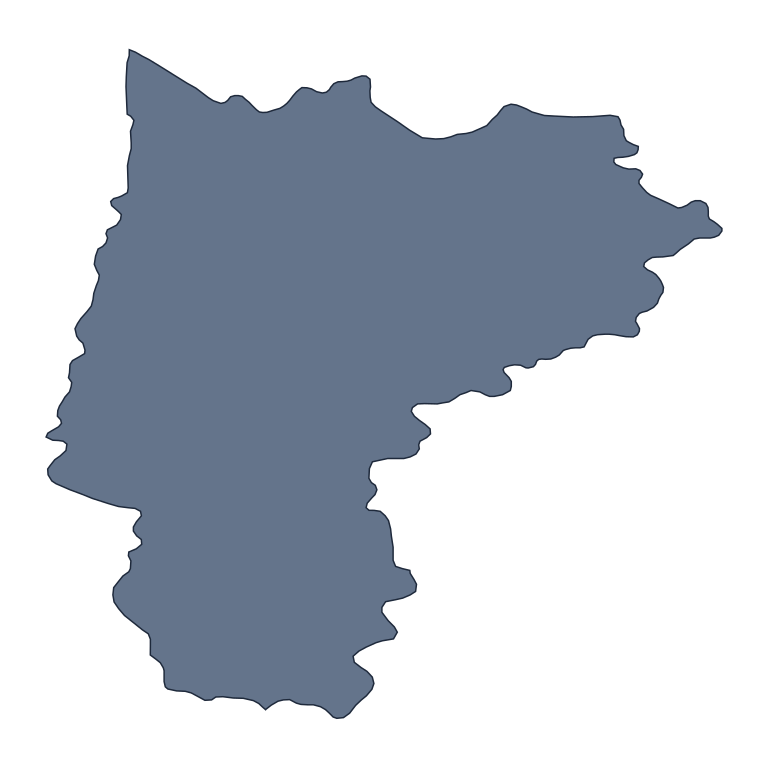 the district of Kapyl, Minsk, Belarus
{"feature_id": "67162791B49789732024983", "entity_name": "Kapyl", "entity_type": "district", "adm_level": 2, "iso_a3": "BLR", "parent_name": "Belarus", "parent_adm1": "Minsk", "projection": "robinson", "projection_center": [27.145, 53.093], "detail": "fine", "context": "isolated", "style": "filled", "palette": "slate", "viewbox_px": 768, "rotation_deg": 0, "n_neighbors": 0, "source": "geoboundaries", "source_scale": "gbopen_adm2", "svg_char_len": 5282}
<svg xmlns="http://www.w3.org/2000/svg" viewBox="0 0 768 768"><path d="M409.8,570.4L402.3,568.6L395.6,566.4L393.1,560.3L393.1,547.2L391.4,536.3L390.6,528.9L388.5,520.6L385.2,515.8L380.2,511.3L374.2,510.4L369.0,510.3L366.1,507.7L367.2,503.2L371.9,497.8L375.0,494.6L376.9,489.8L375.3,485.3L371.4,482.6L368.9,478.3L369.4,468.6L372.4,461.8L387.7,458.5L396.4,458.5L403.9,458.5L410.2,456.9L416.0,454.0L419.3,448.9L418.7,444.8L420.0,441.2L426.7,437.6L430.5,433.9L430.1,428.9L425.2,424.5L419.4,420.4L414.4,416.3L411.3,411.4L412.4,407.6L417.6,403.9L424.6,403.6L437.3,403.9L442.6,402.9L448.9,401.9L455.2,398.1L459.9,394.7L466.1,392.6L471.0,390.5L479.9,391.9L485.2,394.7L489.6,396.4L494.2,396.4L502.6,394.7L510.3,390.5L511.3,386.5L511.3,381.4L509.1,377.7L504.1,372.5L503.1,369.6L504.3,367.4L509.4,365.7L514.5,364.8L520.6,365.2L525.9,367.8L528.2,368.0L533.4,366.7L535.5,364.4L536.7,361.1L538.7,359.4L541.8,359.0L545.7,359.3L550.8,359.0L555.6,357.2L559.3,355.0L561.4,352.6L563.3,350.5L565.5,349.6L570.8,348.2L575.4,347.8L580.1,347.8L584.1,346.9L586.4,342.5L588.1,339.3L592.7,335.9L597.5,334.7L605.0,334.2L609.1,334.2L614.7,334.7L619.3,335.6L626.0,336.7L633.3,336.9L637.4,334.8L639.3,331.3L639.5,328.6L636.9,323.6L635.5,321.4L636.2,317.4L639.3,313.5L642.2,312.2L647.0,311.0L653.6,307.3L657.4,303.2L658.9,298.8L660.8,295.3L662.9,292.4L663.5,287.5L662.4,284.5L660.8,281.0L659.2,278.6L656.0,274.7L652.5,272.2L647.4,269.8L643.7,266.5L644.5,262.8L648.2,259.8L652.2,257.5L656.5,257.1L662.9,256.9L673.2,255.5L675.9,253.3L680.2,249.4L688.4,243.9L694.2,239.0L699.6,238.0L703.6,238.0L710.2,238.0L714.2,237.2L718.7,235.3L721.9,231.0L721.9,228.4L717.4,224.3L713.9,221.7L709.4,219.0L708.3,216.2L708.3,211.3L708.0,207.4L705.9,203.5L700.3,200.7L695.2,200.7L691.2,202.1L687.1,205.2L681.6,207.5L677.9,208.0L669.0,203.6L658.6,198.8L650.6,195.3L646.7,192.4L642.3,187.6L639.0,183.5L639.0,180.3L641.4,177.3L642.6,174.1L640.0,170.5L635.8,168.8L628.8,169.1L623.1,167.8L615.8,164.5L613.8,161.9L614.1,158.3L617.7,157.5L623.0,157.2L628.4,156.4L634.4,154.6L636.9,152.8L638.1,149.7L638.3,146.4L633.3,144.6L628.7,142.2L626.3,140.7L623.9,135.6L623.6,129.3L621.0,124.9L620.0,120.1L618.5,117.6L618.0,116.7L610.1,115.3L592.6,116.6L573.2,117.0L555.0,116.1L544.4,115.5L538.4,113.8L532.1,112.0L526.5,109.0L521.2,106.8L516.5,105.0L511.0,104.2L504.0,106.6L500.6,110.5L497.2,115.0L492.3,119.4L486.8,125.6L472.2,132.1L466.1,133.5L457.2,134.4L450.9,136.8L443.8,138.6L435.6,139.0L422.3,137.8L409.5,130.1L397.1,121.4L381.1,110.9L375.3,106.8L371.1,102.3L370.2,97.4L369.9,90.8L370.5,87.0L370.0,79.2L366.1,76.1L361.9,75.9L354.7,78.1L351.0,80.1L347.1,81.2L342.5,81.6L338.0,81.8L333.8,83.7L330.7,87.3L329.5,89.5L326.4,92.2L322.4,93.0L316.6,91.7L311.5,88.9L307.0,87.8L301.9,87.6L299.6,89.3L296.5,91.9L292.9,96.0L289.7,100.3L286.9,103.4L283.7,106.0L280.0,108.3L273.5,110.2L267.0,112.3L262.8,112.5L259.4,112.0L256.5,109.8L251.9,105.3L249.1,102.3L245.4,99.3L242.3,96.4L238.3,95.6L234.7,95.6L230.6,96.8L227.7,100.4L225.1,102.4L220.9,103.4L213.2,100.7L208.3,97.6L196.0,88.2L187.2,83.3L172.9,74.4L159.6,66.1L148.8,59.5L142.3,56.2L135.5,52.2L129.3,49.7L129.2,55.8L127.1,62.7L126.3,76.7L126.0,86.7L126.8,105.8L127.2,114.2L130.7,116.2L133.9,120.3L132.9,124.7L130.5,131.2L131.2,142.8L131.2,148.7L129.4,155.5L127.5,165.6L128.2,188.0L127.4,192.7L121.6,196.0L118.1,197.4L113.6,198.6L110.7,201.5L111.7,205.6L114.9,208.4L118.6,211.7L121.3,214.5L120.5,219.6L116.7,225.1L112.2,227.4L107.4,229.8L106.0,233.7L107.6,237.9L106.0,242.9L102.6,246.5L98.1,249.0L95.6,256.0L94.3,264.3L96.8,270.4L99.3,275.1L98.4,280.6L96.3,285.7L93.8,293.3L93.0,299.7L91.3,306.1L87.1,311.5L80.9,318.5L77.5,323.6L75.0,328.7L76.7,336.1L79.2,339.9L82.9,343.1L85.0,350.1L84.6,353.6L78.7,357.1L72.5,360.6L70.0,364.5L69.5,372.8L68.5,377.7L71.7,382.3L71.2,386.4L69.5,391.9L64.9,397.1L62.4,401.5L59.5,406.0L57.8,410.5L57.4,416.2L60.7,419.8L61.5,423.3L58.6,426.8L51.5,430.9L47.8,433.2L46.1,437.0L52.7,440.2L58.6,440.5L63.2,441.2L66.9,444.1L66.0,450.5L60.2,455.9L54.8,459.7L50.2,465.5L47.7,469.0L48.1,474.8L51.8,480.9L56.0,483.7L70.1,489.8L81.4,494.0L92.6,498.5L108.5,503.6L118.5,506.5L128.0,507.7L135.1,508.4L140.5,511.3L141.4,515.8L136.4,521.8L133.4,527.0L133.4,531.1L136.7,535.9L141.3,539.5L141.7,544.3L136.3,548.8L128.8,552.0L128.4,555.8L130.9,560.9L130.4,568.6L128.8,571.8L122.9,576.0L118.8,581.1L113.7,587.6L112.9,594.9L114.1,602.0L118.7,608.7L124.5,615.5L132.9,622.2L142.5,629.9L148.3,633.8L150.4,639.2L150.4,645.0L150.3,655.0L155.8,659.1L160.3,662.7L163.3,667.8L164.1,670.7L164.1,675.8L164.1,681.6L165.3,686.8L167.8,689.0L176.6,690.9L185.3,691.3L191.2,692.9L198.3,696.7L204.9,700.3L211.6,699.9L215.8,697.0L222.9,696.7L233.3,698.0L243.3,698.3L253.4,700.6L258.8,703.5L262.5,707.0L265.6,709.7L265.9,709.3L271.3,705.1L278.0,701.2L283.4,699.9L289.7,699.6L296.3,703.1L300.9,704.4L308.0,704.8L313.4,704.8L320.5,706.7L325.5,709.6L329.3,713.1L333.1,717.0L336.8,718.3L343.5,717.6L349.7,713.1L355.6,705.4L361.4,699.9L366.4,695.8L371.9,689.3L373.9,683.5L372.3,677.1L366.9,671.3L361.0,667.5L354.3,662.3L353.1,656.2L358.9,651.1L366.0,647.2L376.0,642.7L382.3,640.8L393.5,638.9L397.3,632.2L394.4,627.0L388.1,620.6L381.9,612.3L381.9,607.4L385.6,601.7L395.6,599.7L402.7,598.1L410.2,594.9L415.6,591.4L416.5,584.3L414.0,579.5L410.2,573.4L409.8,570.4Z" fill="#64748b" stroke="#1e293b" stroke-width="1.5"/></svg>